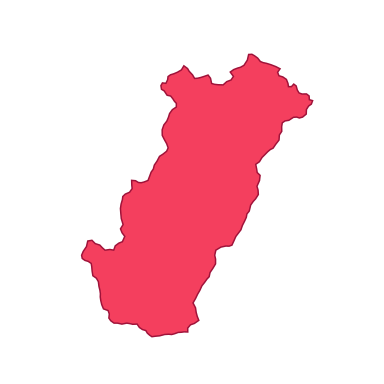 the district of São José do Divino, Minas Gerais, Brazil, rotated 200°
{"feature_id": "56859067B84823872884443", "entity_name": "São José do Divino", "entity_type": "district", "adm_level": 2, "iso_a3": "BRA", "parent_name": "Brazil", "parent_adm1": "Minas Gerais", "projection": "natural_earth1", "projection_center": [-41.373, -18.4], "detail": "fine", "context": "isolated", "style": "filled", "palette": "rose", "viewbox_px": 384, "rotation_deg": 200, "n_neighbors": 0, "source": "geoboundaries", "source_scale": "gbopen_adm2", "svg_char_len": 2863}
<svg xmlns="http://www.w3.org/2000/svg" viewBox="0 0 384 384"><g transform="rotate(200 192 192)"><path d="M202.5,47.4L198.4,49.1L195.1,46.7L191.6,45.8L188.0,46.0L185.7,44.1L182.9,43.0L180.2,42.3L177.2,43.9L173.2,45.8L168.9,48.8L165.2,50.4L162.4,51.1L159.7,53.0L157.0,55.3L154.2,56.5L151.5,57.9L148.1,59.0L149.5,62.7L148.0,66.7L144.8,69.3L141.7,73.7L144.6,77.0L146.9,80.3L149.1,84.4L153.1,88.1L152.2,93.4L151.8,97.8L151.0,102.2L150.6,107.3L149.2,111.5L148.2,115.2L146.9,118.2L147.5,122.5L146.2,127.7L145.3,132.5L146.9,137.0L149.0,140.3L149.7,145.5L146.0,150.1L141.7,152.8L138.6,153.8L136.3,155.7L135.9,160.5L135.6,165.2L134.3,169.4L133.1,173.2L133.2,177.7L132.6,182.8L132.3,186.8L132.9,190.1L131.7,193.7L132.4,199.8L131.2,204.2L129.9,207.3L128.8,212.3L130.6,216.4L132.9,219.6L132.5,225.9L133.7,230.9L137.4,232.6L139.2,235.9L141.6,239.8L139.0,243.5L138.0,248.4L136.4,251.8L134.7,255.6L133.0,258.6L130.8,260.9L129.7,265.3L128.0,270.6L129.4,275.5L128.4,279.7L130.1,284.1L130.8,287.9L128.9,290.6L125.5,292.5L122.2,296.9L119.3,298.2L116.4,298.3L113.7,300.2L111.3,304.3L112.7,308.7L111.8,312.7L109.9,315.4L109.9,319.1L113.3,318.9L114.8,322.3L117.9,323.3L122.2,321.7L125.3,321.7L127.9,323.8L130.4,327.3L133.3,328.2L134.6,325.0L137.4,324.0L138.9,326.8L141.8,330.1L146.0,331.2L150.1,331.0L152.5,333.8L151.4,337.9L156.1,338.5L161.4,338.6L165.8,338.4L169.4,337.9L172.4,338.0L176.1,340.3L179.9,341.4L182.8,341.9L185.8,340.6L185.1,334.9L186.5,328.8L189.1,325.8L191.6,324.0L194.7,321.3L197.1,317.8L192.6,314.8L193.6,310.6L197.1,307.6L199.4,303.3L203.9,301.8L207.6,300.9L210.7,300.7L213.5,305.2L216.9,307.4L220.1,304.8L223.1,302.5L225.7,300.8L228.4,299.6L231.5,302.2L236.0,304.5L238.4,306.5L242.8,307.8L243.7,303.1L246.6,299.6L249.5,296.9L252.3,294.8L254.0,292.3L253.3,289.2L253.7,285.2L257.1,284.4L257.6,281.3L255.8,278.1L252.7,277.5L248.5,274.4L244.9,274.9L242.1,273.2L239.6,271.3L237.0,269.9L235.8,266.5L238.6,262.7L239.9,258.1L239.7,254.1L239.9,250.0L241.4,245.4L241.3,240.2L239.3,235.0L236.1,232.0L232.3,228.7L229.5,225.3L229.8,221.6L232.2,217.7L234.7,214.4L235.4,209.1L236.6,204.4L236.2,200.3L237.2,196.6L237.2,192.8L237.3,187.8L240.6,184.9L243.0,183.3L245.7,182.6L248.9,183.3L252.7,182.3L250.9,177.8L249.4,174.7L250.6,170.4L254.0,167.2L255.5,164.1L254.8,161.0L254.5,156.4L253.6,152.0L251.7,147.8L249.4,142.9L245.6,137.8L246.6,132.9L243.7,129.7L240.0,127.3L240.4,121.5L243.3,118.9L245.7,115.2L245.7,110.6L249.5,109.9L253.8,107.6L257.1,108.9L260.5,110.6L265.3,110.4L269.5,112.4L273.2,110.3L272.5,104.6L273.9,99.0L274.1,94.8L272.4,92.0L269.2,91.1L265.8,91.3L262.3,90.4L260.7,87.6L258.8,83.5L256.5,79.4L252.4,78.3L249.3,75.7L247.1,71.4L244.9,68.1L243.3,65.1L242.3,62.0L240.6,58.8L238.3,55.3L235.2,51.9L230.3,51.9L228.0,49.1L227.0,45.1L224.3,43.2L220.4,42.1L217.1,43.3L212.7,43.9L208.4,46.5L205.2,47.1L202.5,47.4Z" fill="#f43f5e" stroke="#9f1239" stroke-width="1.5"/></g></svg>